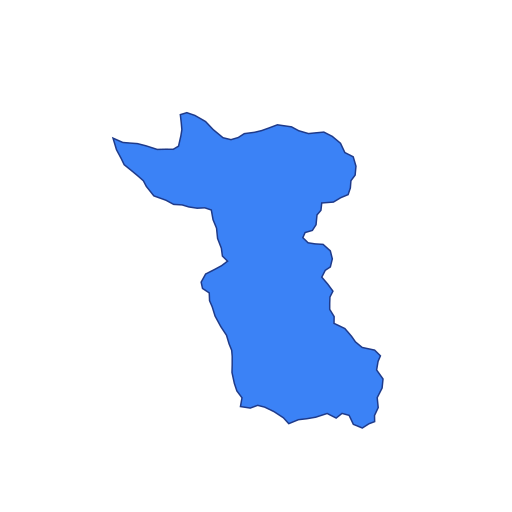 outline of Ribeirão Pires, São Paulo, Brazil, rotated 297°
{"feature_id": "56859067B19734921471154", "entity_name": "Ribeirão Pires", "entity_type": "district", "adm_level": 2, "iso_a3": "BRA", "parent_name": "Brazil", "parent_adm1": "São Paulo", "projection": "natural_earth1", "projection_center": [-46.402, -23.694], "detail": "fine", "context": "isolated", "style": "filled", "palette": "blue", "viewbox_px": 512, "rotation_deg": 297, "n_neighbors": 0, "source": "geoboundaries", "source_scale": "gbopen_adm2", "svg_char_len": 1784}
<svg xmlns="http://www.w3.org/2000/svg" viewBox="0 0 512 512"><g transform="rotate(297 256 256)"><path d="M114.8,310.5L117.9,319.9L123.7,325.3L125.3,332.4L125.5,342.8L124.3,353.9L121.5,361.3L129.4,368.1L134.2,375.3L139.5,382.4L148.0,390.9L148.0,401.0L154.8,404.1L156.3,411.3L150.2,419.2L151.0,428.8L157.8,432.8L162.3,436.9L167.7,434.0L176.4,433.7L184.8,428.3L195.6,428.3L204.1,425.0L209.2,415.2L217.5,412.6L223.5,412.2L226.0,404.4L222.7,392.1L224.6,383.6L227.8,377.6L231.7,368.1L231.4,356.1L237.5,353.1L241.9,345.9L247.4,343.1L253.0,340.5L259.6,340.5L263.5,332.7L267.0,324.2L274.7,324.2L280.0,327.2L288.1,325.3L294.3,319.9L296.8,310.5L293.6,303.1L291.4,296.4L293.6,289.4L299.2,289.1L304.4,294.6L311.1,295.3L320.3,291.7L326.2,293.1L333.1,290.5L339.2,300.5L346.4,305.0L352.5,310.2L359.4,309.2L366.2,306.4L373.1,307.6L381.4,304.3L388.5,297.6L388.5,288.2L394.8,280.1L397.2,269.7L397.2,260.2L392.9,253.4L388.9,247.2L387.0,237.1L387.2,229.0L382.6,215.5L375.5,209.0L370.3,204.1L365.6,198.6L359.7,190.0L353.5,186.4L348.3,180.9L346.4,172.9L349.2,160.4L352.9,150.0L353.5,137.7L352.3,129.3L347.6,124.4L340.8,128.9L334.9,132.6L329.0,134.5L318.7,137.1L313.5,133.8L310.1,127.0L306.1,119.6L304.2,107.8L302.3,99.3L299.6,92.9L296.7,85.8L296.1,75.1L287.4,83.4L281.6,91.7L277.5,97.1L276.1,103.7L273.8,114.1L271.9,121.5L268.2,126.7L263.2,137.7L264.8,150.4L264.6,159.2L268.0,167.0L269.2,173.8L271.9,181.9L275.7,188.5L276.7,195.3L268.9,201.2L262.9,208.2L254.2,213.8L247.2,221.6L240.7,226.1L238.5,233.0L231.7,229.7L225.2,225.2L217.1,219.3L207.8,219.0L202.8,223.1L201.9,231.1L195.1,234.9L190.8,240.1L183.9,246.8L177.1,256.7L172.0,265.7L165.5,271.9L160.9,277.2L155.7,280.4L148.2,284.2L141.3,287.5L132.6,294.6L127.1,300.2L123.3,307.9L114.8,310.5Z" fill="#3b82f6" stroke="#1e3a8a" stroke-width="1.5"/></g></svg>